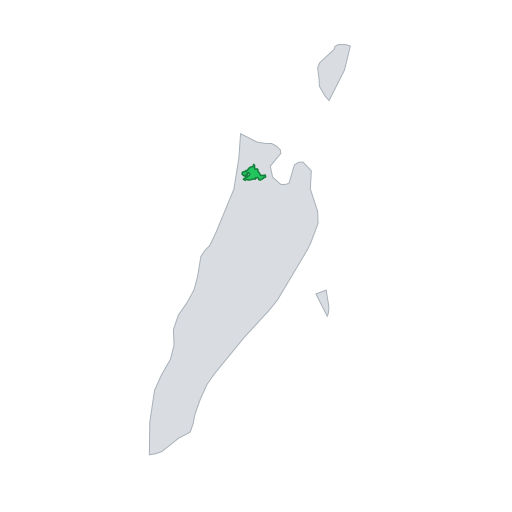 Maukatar, Cova Lima, East Timor (highlighted), rotated 132°
{"feature_id": "22284137B61331736580364", "entity_name": "Maukatar", "entity_type": "district", "adm_level": 2, "iso_a3": "TLS", "parent_name": "East Timor", "parent_adm1": "Cova Lima", "projection": "albers", "projection_center": [125.234, -9.237], "detail": "fine", "context": "in_parent", "style": "filled", "palette": "green", "viewbox_px": 512, "rotation_deg": 132, "n_neighbors": 0, "source": "geoboundaries", "source_scale": "gbopen_adm2", "svg_char_len": 5010}
<svg xmlns="http://www.w3.org/2000/svg" viewBox="0 0 512 512"><g transform="rotate(132 256 256)"><path d="M175.4,349.3L170.7,331.6L165.8,324.0L162.0,319.7L160.6,314.3L160.9,308.8L163.2,306.2L179.7,305.5L186.3,296.4L186.2,285.4L182.9,281.8L179.7,280.2L162.6,288.4L157.7,286.9L154.8,284.0L155.7,271.9L169.8,260.5L181.7,239.9L190.1,231.8L209.6,224.1L217.5,221.9L274.4,210.6L287.9,209.9L324.0,210.3L372.2,208.0L384.1,206.5L399.6,201.6L414.6,195.4L422.5,190.6L430.8,187.1L443.2,191.6L464.2,195.1L469.9,198.1L475.1,202.2L450.6,223.7L423.7,241.5L407.2,246.8L390.1,250.4L377.0,257.3L366.0,268.1L352.0,274.1L336.1,276.2L322.6,279.4L310.3,285.7L293.3,296.6L286.4,297.7L279.1,297.4L264.9,301.6L221.0,317.2L194.4,334.5L175.4,349.3ZM36.9,326.4L58.5,314.7L91.6,305.7L90.8,312.2L87.4,322.5L82.4,327.4L74.9,336.1L69.9,338.0L50.1,336.2L47.5,337.5L44.1,336.5L39.0,331.0L36.9,326.4ZM253.1,162.7L244.1,186.1L234.4,181.1L244.8,168.0L249.8,164.1L253.1,162.7Z" fill="#d9dde1" stroke="#a8b0b8" stroke-width="1"/><path d="M190.8,312.0L190.7,312.1L190.6,312.5L190.5,313.1L190.5,313.4L190.6,313.5L190.8,313.8L191.1,313.9L191.3,314.1L191.8,314.4L192.0,314.7L192.2,314.8L192.1,315.1L191.9,315.3L191.7,315.4L191.4,315.8L191.2,316.0L190.8,316.5L190.7,316.8L190.6,317.0L190.4,317.2L190.1,317.4L189.6,317.6L189.5,318.0L189.6,318.3L189.7,318.6L189.6,318.8L189.9,318.8L190.1,318.8L190.2,318.7L190.3,318.6L190.5,318.7L190.8,318.3L191.1,318.1L191.3,317.9L191.5,317.9L191.7,318.0L191.8,318.1L192.1,318.4L192.4,318.7L192.6,318.8L193.0,319.0L193.2,319.3L193.3,319.4L194.0,319.7L194.6,319.9L194.9,320.0L195.0,320.0L195.2,319.9L195.3,319.8L195.7,319.8L195.9,319.8L196.0,319.7L196.3,319.7L196.5,319.7L196.5,319.8L196.8,319.9L196.9,320.0L197.5,320.0L197.8,319.9L198.3,319.9L198.6,319.8L198.9,319.9L199.3,319.9L199.3,320.0L199.5,320.4L199.5,320.5L199.7,320.4L199.9,320.4L200.0,320.4L200.1,320.5L200.4,320.8L200.6,320.9L200.7,321.0L200.9,321.0L201.0,321.0L201.4,321.1L201.5,321.1L201.7,321.3L201.8,321.4L201.8,321.5L202.0,321.5L202.3,321.6L202.3,321.8L202.7,322.0L202.8,322.1L203.1,322.1L203.4,321.8L203.6,321.6L203.8,321.5L204.0,321.4L204.3,321.2L204.5,321.0L204.6,320.9L204.5,320.6L204.4,320.3L204.4,319.9L204.5,319.7L204.6,319.4L204.6,319.5L204.7,319.4L204.7,319.2L204.4,319.2L204.4,318.9L204.1,318.8L204.1,318.6L204.1,318.4L203.9,318.4L203.7,318.2L203.7,317.9L203.9,317.9L203.9,317.7L203.6,317.7L203.8,317.4L203.7,317.4L203.4,317.4L203.6,317.2L203.4,317.0L203.2,317.1L203.0,316.9L202.9,316.8L202.8,316.7L202.7,316.6L202.3,316.8L201.7,316.9L201.6,317.0L201.3,317.1L201.2,317.1L201.1,317.3L201.0,317.5L200.9,317.6L200.6,317.9L200.5,318.1L200.4,318.3L200.3,318.6L200.3,318.4L200.1,318.3L200.0,318.2L199.9,318.0L199.9,317.9L199.8,317.6L199.7,317.4L199.6,317.5L199.4,317.7L199.2,317.5L199.1,317.4L199.0,317.2L199.0,316.9L199.0,316.7L199.2,316.3L199.4,315.8L199.4,315.4L199.5,315.2L199.8,315.2L200.0,315.2L200.4,315.2L200.9,315.2L201.0,315.2L201.3,315.2L201.6,315.3L201.9,315.4L202.2,315.3L202.3,315.3L202.5,315.3L202.8,315.4L203.4,315.5L203.5,315.6L203.9,315.7L204.1,315.9L204.6,316.3L204.8,316.3L205.0,316.2L205.3,316.2L205.7,316.4L206.0,316.5L206.3,316.6L206.7,316.7L207.0,316.8L207.3,316.7L207.2,316.4L207.2,316.0L207.2,315.9L207.2,315.4L207.1,314.9L206.9,314.8L206.9,314.7L206.7,314.7L206.3,314.6L206.1,314.5L205.7,314.4L205.5,314.2L205.4,314.1L205.2,313.8L205.1,313.7L204.9,312.8L204.4,312.5L204.2,312.4L204.1,312.2L204.0,311.9L203.9,311.6L203.0,311.1L202.5,310.8L202.4,310.7L202.2,310.5L202.1,310.4L201.9,310.2L201.7,310.1L201.4,310.1L201.2,310.0L200.9,310.0L200.7,309.8L200.6,309.5L200.5,309.4L200.3,309.2L200.2,309.1L200.1,308.9L199.9,308.6L199.7,308.5L199.6,308.4L199.4,308.1L199.3,307.9L199.2,307.9L199.0,308.1L198.9,308.1L198.7,308.1L198.8,308.3L198.7,308.4L198.6,308.5L198.5,308.4L198.4,308.4L198.5,308.2L198.4,308.1L198.2,308.0L197.9,308.1L197.7,308.1L197.5,307.9L197.3,307.8L197.0,307.7L196.7,307.6L196.5,307.2L196.5,306.8L196.8,306.3L196.8,306.0L196.9,305.8L196.8,305.6L197.0,305.5L197.2,305.3L197.3,305.2L197.3,304.9L197.2,304.7L197.1,304.1L196.8,303.9L196.7,303.7L196.4,303.5L196.3,303.4L196.1,303.4L195.9,303.4L195.3,303.1L195.1,303.1L194.7,302.8L194.3,302.8L194.1,302.8L193.7,302.8L193.5,302.7L193.4,302.6L193.2,302.7L192.9,302.5L192.7,302.5L192.4,302.5L192.0,302.3L191.5,302.1L191.1,301.8L191.0,301.7L190.9,301.7L190.8,301.8L190.7,301.9L190.7,302.0L190.3,302.3L190.2,302.4L190.2,302.5L189.9,303.0L189.7,303.3L189.9,303.4L190.0,303.6L190.3,303.6L190.4,303.8L190.7,303.9L190.8,304.0L190.9,304.3L191.2,304.3L191.3,304.3L191.5,304.6L191.6,304.8L191.6,305.0L191.8,305.2L192.0,305.3L192.2,305.5L192.4,305.6L192.4,305.8L192.5,305.9L192.6,306.0L192.8,306.1L192.9,306.4L192.8,306.5L192.7,306.7L192.7,306.8L192.8,307.0L192.8,307.3L192.6,307.6L192.7,307.8L192.6,308.2L192.4,308.4L192.3,308.6L192.1,308.8L192.0,309.0L191.9,309.4L192.0,309.6L191.9,310.0L192.1,310.4L192.1,310.5L192.1,310.8L191.9,311.1L191.8,311.5L191.6,311.7L191.5,311.8L191.3,312.0L191.1,312.2L190.9,312.1L190.8,312.0Z" fill="#22c55e" stroke="#15803d" stroke-width="1.5"/></g></svg>